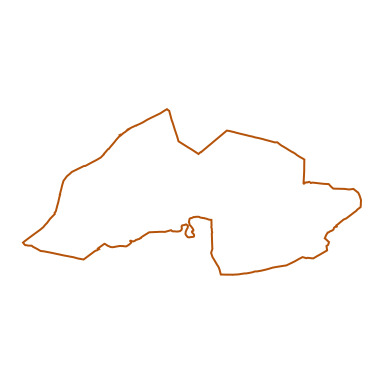 outline of Bērzgales pag., Rezeknes, Latvia
{"feature_id": "27541924B18969922609426", "entity_name": "Bērzgales pag.", "entity_type": "district", "adm_level": 2, "iso_a3": "LVA", "parent_name": "Latvia", "parent_adm1": "Rezeknes", "projection": "natural_earth1", "projection_center": [27.495, 56.631], "detail": "fine", "context": "isolated", "style": "outline", "palette": "amber", "viewbox_px": 384, "rotation_deg": 0, "n_neighbors": 0, "source": "geoboundaries", "source_scale": "gbopen_adm2", "svg_char_len": 5846}
<svg xmlns="http://www.w3.org/2000/svg" viewBox="0 0 384 384"><path d="M83.6,259.5L94.6,251.3L95.6,250.7L96.8,250.4L99.0,249.2L98.0,248.4L104.4,243.8L105.0,244.0L106.3,244.8L107.5,245.6L108.6,246.1L110.2,246.8L110.7,247.0L111.4,247.1L112.0,247.2L112.7,247.2L114.7,246.9L116.6,246.5L118.6,246.2L119.2,246.0L120.0,246.0L123.3,246.1L123.5,246.2L123.9,246.2L125.8,246.4L126.5,246.3L127.3,245.8L129.0,244.7L129.9,243.9L130.6,243.3L130.9,243.0L131.1,242.4L130.9,241.8L130.7,241.3L130.3,241.1L130.2,241.0L130.3,240.8L130.7,240.7L131.5,240.9L132.5,241.4L133.4,241.4L133.7,241.3L134.6,240.9L135.4,240.5L136.0,239.9L137.0,239.7L137.3,239.5L137.7,239.3L139.1,239.0L139.2,238.9L139.3,238.9L139.6,238.7L139.9,238.5L140.1,238.2L140.3,238.2L140.9,238.1L141.4,237.2L144.3,235.3L149.2,232.3L158.3,231.9L159.4,231.8L160.4,231.8L162.1,231.8L164.5,231.9L165.1,231.9L166.0,231.6L171.0,230.2L171.1,230.3L171.6,230.8L172.1,231.0L172.6,231.2L172.9,231.4L173.5,231.4L174.5,231.3L175.2,231.4L176.0,231.5L177.6,231.5L178.8,231.4L180.2,231.0L180.9,230.4L181.5,229.8L181.7,229.3L181.9,228.6L181.7,227.7L181.6,227.0L181.6,226.4L182.1,225.5L185.0,224.8L186.0,224.4L186.3,224.5L186.8,224.8L187.8,225.9L187.9,226.1L187.9,226.4L187.6,228.0L187.3,228.5L186.9,229.1L186.5,229.9L185.7,231.9L185.5,233.7L185.6,234.3L186.0,235.1L186.2,235.4L186.5,235.7L186.8,236.0L187.0,236.3L187.1,236.5L187.6,237.0L188.4,237.3L189.2,237.4L189.6,237.3L190.3,237.1L190.8,237.1L191.2,237.0L192.9,236.9L193.8,236.6L194.0,236.2L194.1,235.9L194.0,234.8L193.9,234.5L193.8,234.3L193.5,234.0L193.1,233.6L192.8,233.2L192.6,233.0L192.5,232.9L192.4,232.8L192.1,232.4L192.0,232.1L191.9,231.9L192.0,231.7L192.1,231.3L192.5,231.2L193.2,230.8L193.3,230.7L193.4,230.0L193.2,229.5L192.9,228.9L192.6,228.4L190.9,226.1L190.0,225.3L189.6,224.6L189.4,223.9L189.4,223.4L189.0,222.3L188.9,222.0L189.0,221.5L189.1,221.2L189.2,220.5L189.4,220.0L189.5,219.0L189.9,218.6L190.4,218.3L190.8,218.1L191.3,218.1L191.7,218.0L192.4,217.7L193.1,217.3L193.6,217.1L193.9,217.0L194.6,217.1L194.9,217.1L195.4,216.9L195.8,216.8L196.3,216.8L196.9,216.8L197.2,216.8L197.6,216.8L198.1,216.7L198.6,216.8L199.4,217.0L199.7,217.2L200.2,217.5L201.1,217.7L202.1,217.8L202.3,217.9L202.5,218.0L203.1,218.0L204.1,218.1L204.3,218.1L204.6,218.3L205.4,218.5L206.4,218.7L208.0,219.3L208.8,219.6L209.8,219.7L210.8,219.9L211.4,219.9L211.5,224.1L211.6,225.4L211.3,227.0L211.8,228.7L211.8,230.2L212.1,232.4L212.2,232.7L211.8,233.4L211.9,236.3L212.1,242.8L212.3,248.2L212.4,248.8L211.1,252.9L212.5,257.1L214.0,259.5L215.4,261.9L217.1,264.8L218.0,266.1L218.8,267.6L219.7,270.2L220.8,274.5L227.9,274.7L228.0,274.6L229.7,274.7L232.0,274.7L232.4,274.8L232.6,274.7L238.3,274.4L244.7,273.4L245.8,273.5L249.3,272.9L253.2,272.1L253.8,271.8L254.0,271.7L254.3,271.5L254.8,271.5L256.2,271.4L257.6,271.4L258.1,271.2L261.2,270.7L265.8,269.6L267.8,269.1L272.8,267.6L276.1,267.0L280.5,266.3L286.4,265.4L294.7,261.4L298.7,259.1L302.3,257.2L302.5,257.1L305.4,257.9L306.4,258.2L306.6,258.1L307.6,257.8L311.8,258.3L313.2,258.4L316.4,256.6L316.6,256.4L319.2,255.0L326.8,250.6L327.1,250.4L326.5,246.0L328.0,245.0L328.2,244.6L329.0,242.1L325.2,238.6L324.8,238.4L325.0,237.8L325.3,237.4L325.4,236.8L326.1,235.2L326.8,234.0L327.3,233.3L327.5,233.1L327.6,232.6L328.3,232.4L329.2,232.0L329.9,231.4L331.6,230.8L332.9,230.0L333.2,229.8L333.4,229.6L333.6,229.2L333.8,228.4L334.1,227.7L335.1,226.9L335.7,226.8L336.3,226.8L336.7,226.7L336.8,226.5L336.6,226.3L336.3,225.9L336.2,225.6L336.3,225.4L336.5,225.2L336.9,225.1L343.5,219.6L346.3,218.4L354.8,211.9L356.1,211.0L357.3,209.6L360.6,207.1L360.8,204.8L360.8,204.1L361.0,200.1L360.2,197.5L359.4,195.1L358.2,192.7L353.4,188.9L351.7,189.2L350.3,189.3L350.2,189.3L349.2,189.5L344.3,188.9L336.2,188.7L333.3,188.6L332.7,188.1L331.0,186.6L328.7,184.1L323.2,183.8L317.1,183.1L314.5,182.8L314.3,182.8L312.5,182.6L310.8,183.0L310.4,182.5L310.0,182.3L309.2,181.9L308.8,181.9L308.6,182.0L308.1,182.2L307.8,182.4L307.5,182.4L306.9,182.3L306.6,182.3L306.4,182.4L305.9,182.6L305.7,182.6L305.4,182.5L305.1,182.5L304.8,182.6L304.6,182.8L304.6,183.0L304.4,183.4L304.2,183.6L303.9,183.6L303.7,183.6L303.5,183.2L303.6,182.3L304.0,175.2L304.2,171.1L304.2,168.8L304.3,160.8L304.4,159.6L302.7,158.5L300.3,157.2L297.1,155.2L295.1,153.6L292.8,152.2L292.4,152.2L290.7,151.1L289.1,150.2L287.6,149.2L283.7,146.8L281.7,145.7L280.4,144.8L277.3,142.3L274.8,142.4L273.8,142.1L269.0,140.8L264.8,139.7L262.9,139.1L258.3,138.0L256.1,137.6L253.9,137.1L253.1,136.7L250.0,136.1L245.6,135.0L240.5,133.8L236.1,132.7L233.7,132.0L231.4,131.5L231.2,131.4L228.8,130.9L226.8,130.6L201.0,152.2L200.8,152.1L200.6,152.1L200.2,152.5L199.8,152.8L198.5,154.0L192.9,150.3L191.0,149.1L188.3,147.5L178.5,141.3L178.1,139.9L177.1,136.4L174.7,129.3L173.5,125.4L173.2,124.4L172.1,121.1L171.8,120.6L169.2,110.8L167.1,109.5L166.9,109.2L164.7,110.5L160.2,113.4L151.3,117.7L147.1,119.8L143.2,122.2L140.0,123.8L136.6,125.3L136.2,125.7L135.6,125.6L133.4,126.7L132.4,127.1L128.3,129.2L128.7,129.4L126.9,130.6L125.0,132.1L123.4,133.1L121.1,135.1L120.7,134.6L119.9,135.0L120.6,135.5L119.1,136.6L116.4,139.6L114.2,142.4L110.2,147.1L108.8,148.9L108.0,149.2L105.6,152.0L103.7,154.2L103.8,154.5L100.6,157.6L96.5,160.0L91.7,162.5L85.4,165.9L84.0,166.0L83.1,166.4L80.5,167.7L79.8,168.0L71.9,171.9L69.3,174.3L67.4,175.8L66.3,177.0L65.1,178.7L64.7,179.2L64.3,179.8L63.6,180.6L63.1,182.1L63.1,182.3L62.8,183.2L62.1,185.5L61.5,188.1L61.0,190.1L59.8,194.6L60.1,194.7L59.3,197.5L58.2,202.5L57.4,205.2L55.8,211.4L54.6,212.8L54.8,214.0L54.1,214.7L50.0,218.9L47.1,222.9L45.5,224.5L43.5,226.9L42.8,227.6L40.1,229.8L35.7,233.0L30.1,237.1L28.5,238.3L24.7,241.2L23.0,242.6L23.8,243.7L24.9,244.9L25.6,245.2L26.4,245.2L28.1,245.6L31.7,245.7L33.0,246.8L36.5,248.6L40.7,251.0L42.9,251.2L44.7,251.5L51.0,252.7L60.4,254.7L63.1,255.3L73.8,257.3L74.8,257.6L77.6,258.4L83.6,259.5Z" fill="none" stroke="#b45309" stroke-width="2"/></svg>